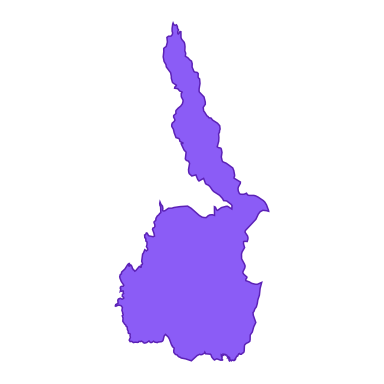 Alto Amazonas, Loreto, Peru
{"feature_id": "86281439B99905701957938", "entity_name": "Alto Amazonas", "entity_type": "district", "adm_level": 2, "iso_a3": "PER", "parent_name": "Peru", "parent_adm1": "Loreto", "projection": "equal_earth", "projection_center": [-76.069, -4.915], "detail": "fine", "context": "isolated", "style": "filled", "palette": "violet", "viewbox_px": 384, "rotation_deg": 0, "n_neighbors": 0, "source": "geoboundaries", "source_scale": "gbopen_adm2", "svg_char_len": 6058}
<svg xmlns="http://www.w3.org/2000/svg" viewBox="0 0 384 384"><path d="M257.3,303.5L257.8,300.0L259.4,295.2L260.1,288.5L261.7,282.4L257.3,284.3L255.2,284.2L251.7,283.3L249.3,281.9L245.8,280.6L245.8,279.3L246.9,277.7L246.9,277.0L243.8,274.3L242.9,272.8L242.9,271.8L244.8,267.9L245.1,266.0L244.5,264.2L241.6,258.8L241.5,254.0L242.1,251.9L244.6,247.6L243.5,243.9L243.6,241.6L244.4,241.3L247.2,241.5L247.9,239.2L248.0,237.9L247.6,236.1L245.1,232.3L245.1,231.4L245.5,230.4L255.9,219.3L258.3,214.1L260.2,211.7L262.9,210.3L266.6,210.7L268.7,211.3L268.6,210.6L266.5,204.9L264.8,202.1L263.3,200.6L258.1,197.1L255.7,195.9L253.8,195.4L248.8,195.4L247.5,194.8L246.5,193.2L244.2,194.2L242.6,194.3L240.4,194.2L239.4,193.5L238.3,191.1L238.0,188.6L238.4,186.9L240.3,183.4L240.4,182.0L234.1,178.2L234.1,177.2L234.6,176.1L234.6,175.0L233.8,170.6L232.7,167.9L226.2,163.2L223.0,161.9L222.2,160.9L221.3,157.0L222.0,152.5L221.3,149.0L220.7,148.1L218.4,147.6L217.2,146.8L218.7,141.3L218.9,137.6L218.6,133.9L219.5,132.1L219.5,130.8L220.1,129.1L219.7,125.7L217.5,123.2L212.5,120.0L211.1,118.1L208.8,117.7L208.1,116.6L206.9,115.8L204.6,112.1L203.7,111.1L203.2,107.4L205.3,104.3L205.3,102.1L204.0,96.9L199.4,92.1L199.1,91.3L199.1,89.0L200.0,83.5L199.6,78.9L198.5,77.9L198.1,77.0L198.2,73.5L197.1,72.4L194.9,72.1L194.0,71.6L192.1,67.1L192.2,63.7L191.5,61.1L189.8,59.9L187.8,57.7L185.4,56.3L185.7,53.2L184.8,50.9L185.0,46.7L184.7,44.0L184.2,42.3L181.7,39.3L181.0,37.6L180.9,31.7L180.0,31.5L179.1,33.2L178.2,34.0L177.8,33.5L177.7,32.0L178.5,29.8L177.5,28.4L177.4,26.6L176.8,25.4L176.4,24.8L175.4,25.3L174.3,25.0L173.7,24.4L173.1,23.0L172.7,24.1L172.1,28.4L172.1,31.2L172.6,32.7L172.5,34.0L171.8,35.3L170.8,36.2L168.5,36.2L166.9,37.4L167.4,42.1L166.2,46.5L164.2,47.9L163.7,48.7L163.8,51.4L163.2,56.9L164.1,61.5L166.0,64.6L166.3,66.9L170.6,72.7L171.3,76.3L171.3,78.2L172.4,82.2L173.1,83.0L176.4,85.2L176.3,85.7L174.8,87.1L174.6,88.2L177.7,88.7L179.7,91.0L182.0,92.0L182.0,92.5L181.2,93.6L181.3,96.8L182.9,99.8L183.1,101.0L182.4,103.8L180.7,106.1L178.1,108.2L176.0,110.5L175.8,111.9L176.0,113.5L173.7,115.5L173.6,117.0L174.7,119.2L174.9,120.2L174.1,121.5L172.2,123.2L171.7,125.0L171.8,126.5L173.4,129.3L174.2,132.8L176.0,137.6L178.8,138.5L179.4,139.2L180.0,141.5L182.9,142.9L182.8,143.4L181.3,143.3L181.1,143.7L184.1,150.1L186.1,152.2L185.3,158.9L186.3,160.4L188.5,161.2L189.6,163.3L188.5,169.6L188.7,172.0L189.2,173.6L191.8,176.0L195.9,174.9L197.8,179.6L199.0,181.0L203.6,178.4L205.5,183.5L206.2,184.2L208.4,185.2L209.8,186.4L212.5,190.3L213.8,191.6L219.6,195.3L222.5,198.5L223.6,200.6L226.6,200.9L231.2,204.4L232.0,205.6L231.8,209.0L227.6,206.3L226.2,206.3L221.4,207.6L217.5,210.4L216.6,209.9L215.4,207.2L214.4,206.7L214.5,215.4L212.3,214.7L209.9,214.9L208.2,215.7L206.2,217.6L203.8,217.5L202.0,217.1L199.2,215.4L191.2,208.3L187.6,206.1L180.1,206.6L174.0,207.5L171.9,208.2L168.5,208.2L164.8,210.8L163.4,211.0L162.8,210.7L162.6,210.1L162.9,208.6L162.5,206.1L161.0,204.3L160.0,201.9L159.7,203.5L160.0,205.6L160.6,206.6L160.8,212.6L159.5,213.6L159.1,214.5L157.3,216.0L156.0,218.2L155.7,220.4L154.1,221.8L154.0,222.6L154.8,224.6L154.9,226.5L154.2,227.6L153.0,228.0L152.5,229.3L153.9,233.1L154.5,236.1L153.1,236.7L149.0,235.9L148.4,235.4L147.2,233.2L146.7,232.9L146.2,233.1L145.7,234.4L144.6,235.0L144.8,237.8L145.7,238.2L145.9,241.1L147.0,242.0L147.0,244.6L146.4,246.7L147.5,248.2L147.7,249.8L146.4,250.9L144.8,249.7L143.4,253.1L142.6,254.1L141.7,261.3L142.5,263.5L142.2,264.5L141.0,265.2L141.3,266.4L141.1,267.2L140.6,267.3L139.6,266.4L139.2,266.5L135.8,270.6L134.8,271.2L133.8,269.9L133.3,269.8L132.8,268.7L132.4,268.5L132.3,267.6L131.5,265.7L130.9,265.0L130.3,264.8L129.8,266.0L129.0,266.1L128.7,265.5L129.4,264.8L129.4,264.3L129.4,263.5L129.0,263.5L127.8,264.4L124.9,269.0L121.6,272.1L121.4,273.9L120.3,274.5L119.7,276.7L120.0,278.2L121.3,281.5L123.8,285.2L123.2,286.2L121.3,286.4L120.5,287.0L120.2,288.2L120.8,288.9L120.3,291.3L120.8,290.9L121.4,291.3L123.0,290.9L123.3,291.1L123.2,292.7L123.6,293.5L122.4,294.4L122.3,295.9L122.3,296.5L123.6,297.3L123.8,298.1L122.7,299.0L121.9,299.1L120.1,298.2L119.4,298.8L118.5,298.9L117.8,300.1L118.1,303.2L115.7,304.6L115.3,306.0L115.9,306.3L116.9,305.5L117.5,305.6L118.6,305.1L120.4,305.5L121.3,305.9L122.4,307.5L121.9,310.3L122.7,312.7L122.7,313.6L123.2,314.4L123.0,315.2L122.2,315.8L123.0,318.0L122.8,321.3L124.8,324.3L125.8,325.1L126.2,326.4L127.2,327.0L127.4,329.6L128.2,331.0L128.2,332.6L128.5,333.4L129.8,333.6L130.2,334.2L130.0,335.5L130.4,337.4L129.2,340.1L130.1,341.6L131.8,341.4L133.4,342.6L135.1,342.2L137.7,342.4L138.4,342.2L139.0,341.4L140.6,341.6L141.2,341.1L142.9,341.9L143.4,342.7L144.7,343.1L146.6,342.6L149.0,341.0L150.4,342.5L151.7,342.5L153.6,341.2L154.7,342.1L157.3,342.6L158.3,342.0L161.4,341.7L162.5,341.1L163.1,340.2L164.1,336.1L165.5,334.4L168.3,337.1L169.4,339.1L171.6,345.1L172.3,345.6L172.3,346.5L174.2,348.1L173.7,350.8L173.9,352.5L175.4,354.4L177.2,355.0L178.0,356.1L179.3,357.1L180.2,357.2L181.1,358.0L185.7,358.9L191.4,360.8L197.2,355.5L199.7,354.3L200.7,354.7L201.9,354.6L204.4,353.2L204.8,352.2L205.6,353.8L210.4,354.2L211.0,354.9L211.7,356.9L213.2,358.9L214.4,360.0L216.8,358.8L220.6,360.2L222.5,360.1L222.6,359.8L222.0,359.2L221.9,358.5L222.1,357.5L221.4,356.1L221.3,354.7L222.3,355.2L223.0,355.1L223.0,355.4L223.3,355.1L223.2,354.6L223.7,354.9L223.7,354.2L225.0,354.4L225.6,355.0L225.8,354.7L227.0,355.4L227.1,356.5L228.0,357.0L227.9,357.3L228.2,357.1L228.3,357.6L228.6,356.9L229.1,357.3L229.0,357.8L229.6,357.9L229.8,359.4L229.4,359.3L229.5,359.6L229.3,359.5L229.1,360.0L229.4,360.2L229.2,360.6L229.5,361.0L230.8,360.1L231.4,360.8L232.1,360.2L232.8,360.1L233.4,360.5L234.0,360.5L234.5,359.8L234.8,360.1L235.5,359.3L235.6,358.8L235.4,358.6L236.9,356.1L237.6,356.1L238.7,353.8L239.5,353.5L240.1,354.3L241.5,354.2L242.5,353.1L243.2,352.9L243.9,352.1L244.2,350.9L244.4,346.1L244.7,344.8L246.2,343.4L248.5,342.3L249.8,341.3L250.1,339.7L250.2,335.0L252.3,332.0L253.7,326.9L255.8,322.5L253.3,315.3L253.0,312.6L253.9,311.5L254.9,308.8L256.3,307.0L257.3,303.5Z" fill="#8b5cf6" stroke="#5b21b6" stroke-width="1.5"/></svg>